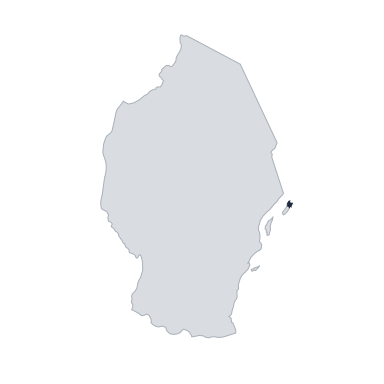 Micheweni, Kaskazini-Pemba, United Republic of Tanzania (highlighted), rotated 28°
{"feature_id": "72390352B10041948883658", "entity_name": "Micheweni", "entity_type": "district", "adm_level": 2, "iso_a3": "TZA", "parent_name": "United Republic of Tanzania", "parent_adm1": "Kaskazini-Pemba", "projection": "equal_earth", "projection_center": [39.804, -4.957], "detail": "fine", "context": "in_parent", "style": "filled", "palette": "slate", "viewbox_px": 384, "rotation_deg": 28, "n_neighbors": 0, "source": "geoboundaries", "source_scale": "gbopen_adm2", "svg_char_len": 5694}
<svg xmlns="http://www.w3.org/2000/svg" viewBox="0 0 384 384"><g transform="rotate(28 192 192)"><path d="M155.5,269.5L152.4,267.4L149.6,266.1L147.4,264.6L146.3,263.2L144.2,262.6L142.3,262.4L140.6,261.1L137.1,260.6L136.7,259.7L136.6,257.8L136.0,257.3L134.8,256.8L133.4,256.8L132.5,257.1L132.0,256.9L130.9,255.8L129.8,254.3L129.4,252.0L127.8,250.5L125.9,249.3L120.8,249.4L120.0,249.1L118.8,247.9L117.3,245.9L116.1,243.7L115.1,240.7L114.0,236.6L108.0,220.3L107.4,217.3L106.2,213.8L104.3,209.6L102.2,206.5L99.5,203.7L96.4,200.9L94.7,199.0L91.5,191.3L90.8,187.7L90.3,184.0L90.5,182.5L92.5,177.7L92.7,176.3L92.4,174.5L91.4,170.7L90.1,166.0L87.6,157.6L87.2,155.5L87.2,153.9L88.7,145.3L88.6,144.1L94.6,144.2L98.9,140.5L102.6,134.8L103.3,132.5L104.9,128.9L106.4,127.1L106.9,125.8L107.8,122.2L109.8,119.8L111.7,117.9L111.3,116.6L111.6,116.1L112.6,115.1L114.6,114.3L115.0,112.4L115.0,110.2L114.7,109.0L114.7,107.7L114.4,106.9L113.1,106.7L111.1,105.6L109.4,105.2L108.3,104.6L107.9,104.1L107.7,102.8L108.6,99.5L107.7,98.2L109.7,92.7L110.1,92.1L110.9,92.0L112.1,91.4L113.2,91.1L114.1,91.3L114.7,91.1L115.3,90.5L115.8,88.6L116.2,85.5L116.0,83.0L115.1,81.1L114.9,78.1L115.2,74.1L115.0,70.8L114.0,68.1L113.0,66.6L111.5,65.8L109.2,61.8L108.5,59.8L108.6,58.6L109.4,58.1L110.9,58.3L112.3,57.8L113.6,56.7L114.9,56.4L115.5,56.5L174.6,56.5L243.8,108.4L244.1,109.1L244.6,113.5L244.5,115.0L243.4,117.6L243.1,119.0L243.1,119.9L243.4,120.3L244.3,120.4L245.0,121.0L245.3,121.5L245.9,123.4L246.7,124.4L272.9,149.8L273.5,150.2L273.1,152.4L271.7,157.5L271.6,159.7L271.0,162.2L270.4,163.9L268.9,171.2L267.7,173.9L265.9,180.3L265.7,185.1L266.6,188.6L267.0,191.8L269.0,194.9L270.6,196.0L271.7,197.4L273.6,200.7L274.8,204.0L278.2,205.6L279.6,209.3L279.1,211.8L277.5,213.9L276.0,217.3L274.8,221.8L274.8,228.6L275.6,227.6L277.4,229.2L277.7,234.3L275.8,240.1L275.2,242.8L275.1,245.2L276.5,252.2L278.6,255.7L278.4,256.9L277.9,257.8L281.4,264.1L281.1,269.6L282.5,273.8L283.0,277.5L283.9,280.3L284.1,282.3L283.0,284.5L285.6,285.0L287.1,286.8L287.8,288.5L289.7,288.4L290.7,289.6L292.2,290.5L295.4,293.4L296.3,294.8L296.8,296.1L287.9,305.1L284.7,307.4L282.4,308.5L280.0,309.1L277.6,310.5L275.5,312.7L272.6,313.8L269.2,313.8L265.6,315.4L260.0,320.0L256.7,317.5L254.1,316.6L251.1,316.7L249.3,317.0L248.6,317.6L248.1,319.2L247.6,321.7L245.6,324.2L242.2,326.6L239.1,327.5L236.2,326.9L234.2,325.9L233.2,324.5L231.7,323.9L229.7,324.0L227.8,325.0L226.0,326.8L223.1,327.6L219.2,327.4L217.0,326.5L216.7,324.9L215.0,323.1L211.8,321.1L209.4,321.0L207.9,323.0L206.5,324.3L205.3,324.8L204.2,324.8L202.6,324.3L198.2,324.1L194.0,324.2L193.6,321.3L192.7,319.5L191.9,318.5L190.5,318.2L190.1,317.4L189.6,315.6L188.9,314.1L187.9,312.8L187.4,311.7L187.2,310.6L187.3,309.4L188.2,306.4L188.4,304.4L188.3,302.3L187.8,300.2L186.8,297.7L186.9,296.9L186.6,295.2L186.5,294.0L186.7,292.5L186.5,290.5L185.6,286.3L185.6,285.2L184.7,283.2L181.9,278.3L181.8,277.7L177.4,272.8L175.7,271.7L175.0,272.6L174.8,273.5L175.0,275.1L174.9,275.8L174.7,276.2L173.7,276.1L173.0,276.0L171.4,274.6L170.1,274.3L166.9,274.6L165.8,274.9L164.9,274.6L163.2,272.3L161.2,271.9L159.5,271.7L156.5,269.2L155.5,269.5ZM278.7,187.8L280.1,193.2L279.9,194.2L278.9,194.8L278.4,194.9L277.8,194.0L277.3,192.2L276.5,192.6L275.2,190.4L273.9,190.3L272.8,187.7L273.2,185.5L273.0,181.6L274.4,179.6L275.2,176.3L276.1,178.6L276.3,182.1L277.5,186.3L278.7,187.8ZM285.6,155.6L285.7,156.9L285.4,158.1L285.5,162.0L285.4,164.5L284.3,168.0L283.4,169.3L282.7,168.9L282.0,168.3L281.5,167.4L282.5,160.9L282.0,156.2L284.0,156.6L285.6,155.6ZM282.7,233.4L281.7,233.7L281.3,233.4L280.7,232.4L281.8,231.5L282.8,229.7L285.3,227.2L286.4,225.1L286.2,227.1L284.9,231.5L283.7,231.7L282.7,233.4Z" fill="#d9dde1" stroke="#a8b0b8" stroke-width="1"/><path d="M285.0,159.2L285.1,159.3L285.1,159.2L285.1,158.9L285.2,158.7L285.0,158.4L285.1,158.2L285.2,158.4L285.3,158.3L285.3,158.2L285.3,158.3L285.5,158.4L285.4,158.4L285.5,158.5L285.7,158.4L285.7,158.2L285.8,158.2L285.7,158.1L285.8,158.1L285.8,157.9L285.8,157.6L285.8,157.4L285.8,157.2L285.8,156.9L285.8,156.7L285.7,156.5L285.8,156.2L285.8,155.9L285.8,155.7L285.7,155.5L285.7,155.4L285.7,155.2L285.5,155.3L285.6,155.5L285.5,155.8L285.4,155.9L285.3,156.0L285.4,156.3L285.4,156.6L285.4,156.9L285.4,157.0L285.2,157.2L285.2,157.3L284.9,157.3L284.9,157.2L285.0,157.2L285.0,157.3L285.1,157.2L285.1,156.9L285.1,156.7L285.1,156.4L285.0,156.5L285.0,156.4L284.9,156.3L284.8,156.2L284.7,156.2L284.6,156.3L284.6,156.5L284.7,156.8L284.8,156.8L284.9,156.7L284.8,156.8L284.7,157.0L284.8,157.0L284.7,157.0L284.7,157.3L284.8,157.3L284.7,157.4L284.8,157.4L284.8,157.5L285.0,157.6L284.9,157.8L284.9,158.0L284.8,157.9L284.7,157.8L284.8,157.7L284.7,157.7L284.8,157.7L284.7,157.7L284.6,157.4L284.7,157.2L284.5,157.3L284.5,157.2L284.4,157.1L284.4,156.9L284.3,156.7L284.2,156.6L284.2,156.4L284.1,156.1L283.9,156.3L283.8,156.2L283.7,156.1L283.6,155.9L283.6,156.0L283.6,155.9L283.4,155.7L283.4,155.8L283.4,155.7L283.2,155.7L282.9,155.7L283.0,155.7L283.0,155.8L282.9,155.9L282.9,156.0L282.9,155.9L283.0,155.8L282.9,155.8L282.6,155.7L282.4,155.5L282.4,155.4L282.3,155.2L282.2,154.9L282.2,154.7L282.1,154.8L282.1,155.0L282.1,155.3L282.1,155.5L282.1,155.8L282.1,156.0L282.0,156.3L282.0,156.5L282.0,156.8L282.0,157.0L282.1,156.9L282.3,157.0L282.2,156.9L282.2,156.7L282.2,156.8L282.3,157.0L282.4,157.3L282.4,157.2L282.5,157.2L282.5,157.3L282.4,157.3L282.5,157.3L282.7,157.5L282.8,157.6L283.0,157.7L283.0,157.8L283.0,158.0L282.9,158.2L283.0,158.3L283.1,158.5L283.0,158.9L283.0,159.2L283.3,159.1L283.6,159.2L283.8,159.1L284.0,159.0L284.3,159.0L284.4,158.9L284.5,159.0L284.5,158.9L284.6,159.0L284.8,159.2L285.0,159.2L284.9,159.2L285.0,159.2L285.0,159.2Z" fill="#64748b" stroke="#1e293b" stroke-width="1.5"/></g></svg>